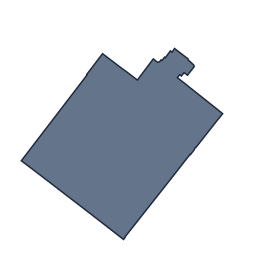 the district of Converse, Wyoming, United States of America, rotated 218°
{"feature_id": "52423323B34059726756827", "entity_name": "Converse", "entity_type": "district", "adm_level": 2, "iso_a3": "USA", "parent_name": "United States of America", "parent_adm1": "Wyoming", "projection": "orthographic", "projection_center": [-105.578, 42.894], "detail": "fine", "context": "isolated", "style": "filled", "palette": "slate", "viewbox_px": 256, "rotation_deg": 218, "n_neighbors": 0, "source": "geoboundaries", "source_scale": "gbopen_adm2", "svg_char_len": 723}
<svg xmlns="http://www.w3.org/2000/svg" viewBox="0 0 256 256"><g transform="rotate(218 128 128)"><path d="M62.2,197.6L62.5,197.6L120.1,198.1L120.1,201.8L117.9,201.8L117.9,206.2L113.6,206.2L113.6,217.2L115.3,218.2L122.4,218.7L123.4,219.5L126.3,219.4L140.3,219.3L139.9,214.9L142.1,214.9L141.8,206.3L142.8,206.3L142.8,202.0L143.9,202.0L143.9,199.8L145.0,198.0L150.4,198.0L150.6,198.0L150.2,174.7L150.0,171.6L164.5,171.4L168.7,171.2L183.1,171.0L193.8,170.9L193.5,144.7L192.9,144.5L191.9,36.5L172.2,36.8L105.9,37.3L69.5,37.4L62.9,37.4L62.9,39.9L63.3,40.7L63.0,92.9L62.9,115.1L62.9,136.2L62.8,145.5L62.4,145.5L62.4,151.6L63.0,154.0L62.5,154.5L62.4,187.0L62.2,197.6Z" fill="#64748b" stroke="#1e293b" stroke-width="1.5"/></g></svg>